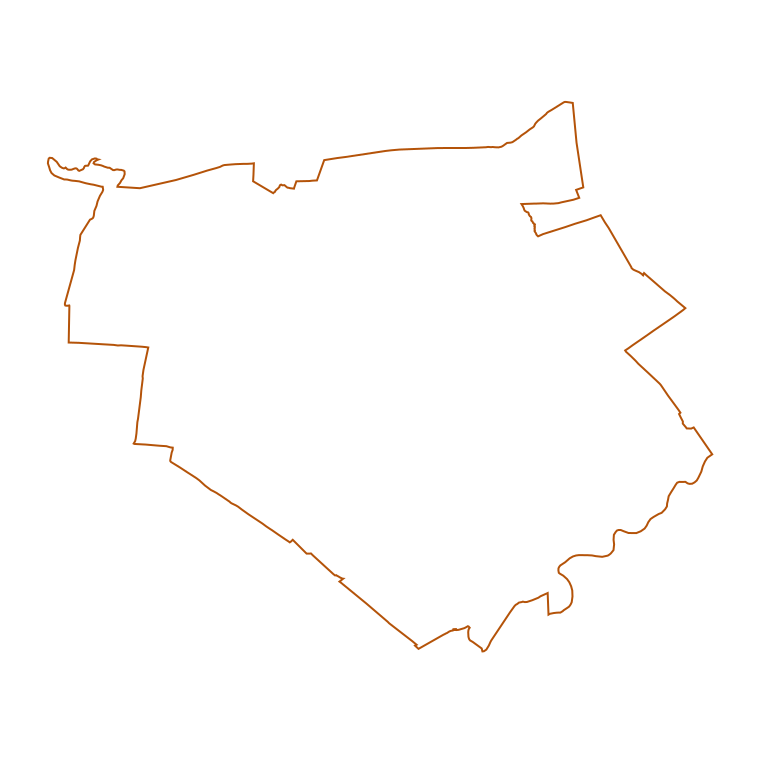 Podoleni, Neamt, Romania, rotated 267°
{"feature_id": "2599482B76653311270288", "entity_name": "Podoleni", "entity_type": "district", "adm_level": 2, "iso_a3": "ROU", "parent_name": "Romania", "parent_adm1": "Neamt", "projection": "orthographic", "projection_center": [26.635, 46.808], "detail": "fine", "context": "isolated", "style": "outline", "palette": "amber", "viewbox_px": 768, "rotation_deg": 267, "n_neighbors": 0, "source": "geoboundaries", "source_scale": "gbopen_adm2", "svg_char_len": 6096}
<svg xmlns="http://www.w3.org/2000/svg" viewBox="0 0 768 768"><g transform="rotate(267 384 384)"><path d="M296.6,708.1L324.4,691.0L323.4,688.4L323.8,683.9L324.6,683.5L328.8,680.3L330.9,680.5L335.1,678.6L338.6,677.1L339.8,678.5L342.8,676.7L357.6,667.0L368.5,660.4L369.9,659.3L381.5,648.2L390.8,639.1L394.1,636.4L399.0,631.9L403.5,627.4L404.9,626.6L406.9,630.0L409.7,634.3L418.0,647.8L423.1,655.9L436.3,677.5L442.3,686.7L444.0,688.9L451.1,681.2L452.6,679.8L454.3,678.1L457.8,674.3L461.9,669.3L479.3,651.3L481.2,649.5L480.3,648.9L478.9,648.5L479.1,648.1L480.1,647.5L482.3,644.6L484.7,639.8L485.4,638.7L486.8,637.3L487.9,637.0L528.1,616.5L533.8,613.1L541.2,609.2L539.3,602.7L536.9,594.8L534.0,583.1L531.2,573.2L525.4,550.8L523.4,545.6L524.3,544.7L525.4,543.9L526.3,543.8L528.6,542.4L529.0,542.4L529.3,542.7L530.0,542.4L530.9,542.7L531.4,542.4L531.8,542.5L532.2,542.8L532.5,542.8L532.9,542.6L533.2,542.5L533.6,542.8L534.1,542.4L534.4,542.5L535.2,543.1L535.6,543.0L536.0,542.1L536.8,541.8L537.0,541.3L537.3,541.1L538.5,540.8L539.2,539.9L539.8,539.6L541.8,539.9L543.0,539.6L544.1,538.4L545.7,537.5L546.8,537.4L547.4,537.2L547.9,536.8L548.2,535.6L549.7,533.6L550.9,533.1L552.5,532.7L554.4,531.9L556.5,530.7L556.3,542.8L556.2,545.0L556.1,552.4L555.4,559.5L555.3,562.9L555.5,567.7L556.1,570.5L558.1,582.8L559.7,588.7L567.8,586.0L569.9,593.3L614.9,588.9L654.8,587.2L655.4,584.4L656.2,580.3L656.2,579.3L656.1,578.8L655.4,577.4L648.8,565.5L647.6,563.1L646.8,561.7L646.2,560.9L645.1,560.0L641.1,554.7L638.9,551.6L637.1,549.7L636.0,548.7L633.4,547.2L632.5,546.1L630.6,542.8L627.9,539.0L625.0,534.2L622.5,531.1L622.1,530.3L622.1,530.1L621.0,528.6L618.8,524.9L618.4,522.9L618.3,519.5L615.6,515.3L614.8,513.7L614.3,510.7L614.6,507.3L615.0,504.9L614.9,503.3L615.3,500.3L615.1,498.3L615.2,485.5L615.4,478.2L616.8,450.4L617.3,411.7L617.0,403.3L616.6,397.1L612.7,357.3L612.1,349.2L610.7,336.0L590.8,327.7L590.8,323.0L590.6,320.3L591.0,307.1L584.8,304.6L583.8,304.3L584.5,300.3L585.0,298.9L585.1,298.0L585.5,297.4L587.8,295.0L587.7,293.0L588.5,291.7L588.0,290.6L586.9,290.0L586.2,289.8L584.7,288.2L583.5,286.5L582.7,285.7L581.8,285.3L581.1,284.4L580.9,283.7L580.4,283.3L593.3,263.9L599.8,264.6L611.2,265.6L611.0,263.5L611.0,258.8L611.2,254.5L611.3,247.3L611.2,242.4L611.0,236.0L610.6,234.3L609.4,231.6L608.4,227.7L606.4,218.6L605.3,214.4L602.8,204.7L598.6,186.9L592.3,150.5L594.9,128.1L596.2,128.5L598.6,130.9L601.2,132.5L603.1,134.3L607.1,136.0L609.9,136.0L610.7,135.3L611.6,132.7L611.7,131.2L612.2,129.1L612.2,127.8L611.7,125.9L611.8,124.6L614.3,121.3L614.4,119.6L615.8,115.9L616.4,114.8L617.2,112.9L617.9,110.1L618.4,106.9L619.6,105.5L620.9,106.1L622.4,108.6L623.1,110.5L623.4,109.3L624.1,108.7L624.4,107.1L623.6,104.1L621.7,102.2L617.6,100.0L617.5,99.2L617.6,97.8L617.4,96.8L616.4,96.0L615.2,95.5L614.2,94.6L612.8,90.8L613.3,89.9L614.5,89.1L615.2,88.4L615.5,87.7L615.5,86.8L615.1,85.3L614.4,83.3L614.4,81.3L614.6,79.8L615.2,78.8L616.8,77.4L616.2,76.4L616.1,75.3L616.8,73.7L618.4,71.6L623.0,68.8L627.0,64.5L627.4,62.0L626.7,61.0L623.9,60.2L621.9,59.9L618.0,61.0L615.0,61.7L612.1,63.0L609.5,65.7L607.3,70.2L605.0,75.3L604.9,77.0L604.7,78.5L603.8,81.5L603.4,83.2L603.0,86.1L602.3,90.2L601.4,92.8L600.1,96.7L598.8,101.6L598.2,104.4L595.8,112.3L595.7,113.4L592.6,113.7L590.7,112.9L586.8,110.2L581.3,107.5L576.9,106.2L572.0,103.8L567.2,103.0L565.6,102.4L564.9,101.9L564.2,100.8L563.5,99.0L548.8,88.6L546.5,88.2L543.2,87.8L536.0,85.5L523.6,82.3L519.3,81.4L514.0,80.5L481.4,69.6L479.8,69.5L479.0,69.9L478.7,71.6L478.9,73.8L478.5,73.9L441.9,71.3L441.1,81.3L438.3,106.1L437.2,116.0L436.4,120.2L436.4,123.5L435.9,127.8L433.9,144.2L433.3,148.1L432.8,150.5L410.6,144.5L404.4,143.3L402.1,143.4L390.3,141.3L383.5,140.4L362.0,136.5L358.8,135.7L347.6,134.2L342.4,133.2L340.0,132.5L337.6,130.9L337.2,131.6L336.0,142.8L334.1,156.5L333.3,163.4L331.9,167.3L331.5,169.7L329.3,169.5L326.7,168.4L318.9,166.5L318.1,166.6L317.2,167.3L311.5,175.6L306.0,183.1L299.8,191.7L297.4,194.6L291.9,200.0L287.2,205.6L285.8,208.1L283.9,211.2L282.6,212.9L281.3,214.8L274.5,223.7L273.7,224.4L272.9,225.4L270.5,229.8L269.1,231.9L266.1,235.4L261.0,241.8L251.0,255.3L248.0,258.9L245.0,262.9L244.1,264.2L239.2,270.5L234.1,277.2L231.7,280.5L230.8,281.6L231.5,282.8L233.2,284.7L218.7,297.8L218.5,300.8L218.6,302.2L216.6,304.0L196.8,323.5L195.4,325.1L195.5,326.5L195.2,326.7L194.7,327.4L194.4,328.1L193.0,330.1L191.8,332.4L191.7,333.0L189.0,329.2L188.2,330.2L165.7,354.9L146.2,375.4L144.8,376.6L125.7,398.8L121.9,402.9L121.1,401.3L117.7,404.6L130.7,430.6L131.0,431.6L131.4,432.1L132.0,433.8L133.5,436.4L134.1,438.4L134.2,439.8L135.5,440.4L135.5,442.6L134.6,442.1L134.5,443.5L134.6,445.6L136.0,451.5L137.2,454.1L137.7,454.9L137.5,455.7L137.2,456.0L136.8,456.2L136.1,456.8L135.1,456.0L134.4,455.7L133.6,455.4L131.7,455.1L127.3,455.1L126.1,455.3L124.5,455.8L123.3,456.7L122.9,457.4L121.7,459.2L114.8,467.7L111.8,468.3L111.9,469.8L113.4,472.3L117.3,475.0L121.0,476.9L122.3,477.7L149.4,497.9L155.4,502.7L156.6,504.0L157.5,505.8L158.3,506.8L158.6,507.2L159.0,509.7L159.0,510.1L159.4,511.3L158.9,512.9L158.8,515.2L159.7,518.5L160.3,520.7L162.5,527.0L163.8,529.1L165.2,532.7L166.7,536.5L145.1,536.2L145.8,537.5L146.4,541.6L146.6,545.0L146.5,548.2L147.8,550.6L148.6,551.5L150.7,555.1L152.0,557.2L154.0,558.8L156.2,560.0L161.9,561.1L167.9,561.2L172.2,560.3L176.3,558.7L179.6,556.6L183.2,553.0L185.4,549.7L186.3,548.7L188.7,548.4L190.8,548.6L192.4,549.5L193.6,550.6L196.6,555.7L200.2,560.3L201.9,563.7L202.7,566.8L202.9,569.6L202.4,578.1L201.9,582.8L201.0,586.5L200.0,592.9L200.9,598.5L201.8,600.1L202.9,601.6L206.1,604.5L211.8,605.4L216.4,605.1L221.4,605.7L224.2,607.7L225.5,609.0L225.9,610.5L225.8,612.8L224.5,615.5L222.4,620.4L221.9,628.1L223.5,632.7L226.0,636.7L228.8,638.9L232.2,640.7L235.2,643.1L237.1,646.2L239.8,651.5L240.8,654.5L244.1,658.1L246.9,660.1L249.9,660.5L253.6,661.6L257.0,662.4L260.9,665.0L264.4,667.5L268.1,670.0L270.1,671.6L270.8,673.9L270.6,676.1L270.5,679.9L268.9,682.0L268.3,683.8L268.3,686.5L269.5,689.0L271.3,691.3L273.9,693.0L279.9,696.3L285.0,698.0L289.9,700.5L293.5,703.1L296.6,708.1Z" fill="none" stroke="#b45309" stroke-width="2"/></g></svg>